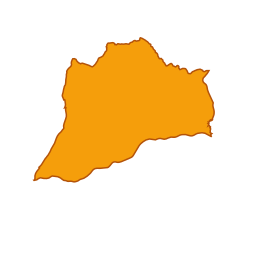 map outline of Lunda Sul (Equal Earth projection), rotated 205°
{"feature_id": "AGO-1875", "entity_name": "Lunda Sul", "entity_type": "Province", "adm_level": 1, "iso_a3": "AGO", "parent_name": "Angola", "parent_adm1": "", "projection": "equal_earth", "projection_center": [20.634, -9.903], "detail": "fine", "context": "isolated", "style": "filled", "palette": "amber", "viewbox_px": 256, "rotation_deg": 205, "n_neighbors": 0, "source": "natural_earth", "source_scale": "10m", "svg_char_len": 5833}
<svg xmlns="http://www.w3.org/2000/svg" viewBox="0 0 256 256"><g transform="rotate(205 128 128)"><path d="M191.2,40.9L190.9,41.1L190.7,41.7L191.1,43.2L192.1,45.3L192.5,47.7L192.3,50.1L191.3,54.4L191.5,54.5L191.8,54.7L192.1,54.8L191.4,56.5L190.9,58.2L190.0,65.8L189.7,66.2L189.4,68.1L189.0,69.4L188.6,73.8L188.7,76.7L188.1,83.1L188.6,88.7L188.6,90.9L188.2,93.3L186.9,96.7L186.6,98.7L186.2,99.8L186.1,100.5L186.3,101.1L187.0,102.2L187.3,102.8L187.8,105.1L188.3,109.9L188.7,112.3L189.7,114.4L192.3,118.1L192.9,120.2L193.1,120.1L193.8,119.7L194.0,119.5L194.1,121.3L194.6,122.9L197.0,126.6L197.4,126.9L197.7,126.7L198.0,126.3L198.4,126.6L199.1,127.4L200.7,128.8L201.3,129.7L201.6,130.9L201.9,132.9L202.7,135.9L203.1,138.2L203.3,138.9L203.0,140.7L203.8,143.2L204.8,145.7L205.5,148.3L206.5,150.6L206.8,152.3L207.4,153.3L207.5,153.9L207.5,154.5L207.3,155.6L207.2,156.2L207.0,157.0L206.1,159.0L205.8,160.2L205.9,161.4L206.3,162.1L206.8,162.8L207.2,164.0L207.4,166.4L207.3,167.4L205.8,168.2L204.5,168.2L204.1,168.2L203.9,168.0L203.7,167.9L203.0,167.3L202.5,167.0L200.3,166.2L199.9,166.2L199.1,166.3L198.7,166.2L198.4,166.1L198.2,166.1L197.7,166.6L197.4,167.0L196.6,167.5L189.8,168.3L187.3,168.2L186.6,168.3L186.2,168.4L185.9,168.8L185.6,169.2L184.9,171.0L184.4,172.6L184.3,174.3L184.0,175.2L184.0,175.5L184.0,176.2L184.1,178.3L184.1,178.6L184.0,179.0L183.7,179.4L182.5,180.7L182.0,181.3L181.2,182.7L181.1,182.9L181.0,183.2L181.1,183.9L181.0,184.3L180.8,185.5L180.8,187.3L180.7,187.6L180.6,187.8L180.4,188.2L180.2,188.7L180.2,188.9L180.2,189.2L180.4,190.0L180.6,190.5L180.9,190.9L181.0,191.1L181.1,191.4L181.1,191.7L181.2,191.9L181.3,192.1L181.5,192.2L182.0,192.3L182.1,192.5L182.0,193.1L182.0,193.4L182.0,193.7L182.1,194.2L182.3,194.4L182.1,196.2L181.6,196.7L181.4,196.8L180.3,197.3L179.8,197.7L177.9,198.9L177.5,199.0L176.4,199.0L175.8,198.8L175.6,198.7L175.3,198.2L175.1,198.1L174.8,198.5L174.5,198.5L173.9,198.4L173.7,198.5L173.3,199.2L173.0,199.8L172.8,200.1L170.1,200.8L169.5,201.4L169.2,201.5L167.5,202.1L165.4,203.5L164.4,203.8L163.1,204.1L162.7,204.3L162.4,204.5L162.4,204.8L162.5,204.9L162.5,205.0L161.9,206.3L161.5,206.8L161.3,207.0L160.9,207.3L160.6,207.5L160.4,207.8L160.3,208.0L160.0,208.7L159.8,209.2L159.6,209.4L159.4,209.7L159.1,210.0L158.9,210.1L158.7,210.2L158.4,210.3L157.5,210.2L157.2,210.2L156.7,210.7L156.0,211.1L154.8,212.1L154.7,212.4L154.6,212.8L154.7,213.1L155.0,214.0L155.0,214.4L155.0,214.7L155.0,214.9L154.9,215.0L153.0,215.2L149.6,214.9L148.8,214.8L148.4,214.6L148.0,214.5L147.4,214.5L146.9,214.4L146.2,214.2L144.5,213.4L144.0,213.3L143.3,213.4L143.0,213.5L142.5,213.1L142.3,212.5L141.8,211.7L141.6,211.6L141.3,211.6L140.3,211.8L139.9,211.6L139.7,211.5L138.5,210.4L138.2,210.2L136.2,209.5L135.9,209.3L135.7,209.1L135.5,208.9L135.4,208.4L135.2,208.2L134.7,208.0L134.2,208.1L133.9,208.1L132.9,207.7L132.7,207.6L132.4,207.3L132.1,207.0L131.9,206.8L131.6,206.2L131.4,205.9L131.2,205.8L130.5,205.3L130.0,204.9L129.6,204.6L129.0,204.2L128.8,204.2L128.5,204.2L128.0,204.5L127.5,205.0L127.3,205.0L127.1,205.0L126.3,204.6L126.1,204.5L125.4,204.4L125.2,204.3L125.0,204.1L124.7,203.4L124.5,203.2L124.2,203.0L123.1,202.5L122.3,202.3L122.0,202.1L121.4,201.5L121.2,201.4L120.6,201.1L120.4,201.0L120.2,200.8L120.1,200.6L119.9,200.5L119.6,200.5L118.9,200.8L118.7,201.1L118.5,201.4L118.3,201.6L118.1,202.0L117.7,202.7L117.3,203.3L116.8,204.1L116.2,204.7L115.1,204.5L114.8,204.4L114.5,204.1L114.0,203.8L113.6,203.4L113.4,203.3L113.0,203.3L112.2,203.5L111.0,203.4L110.7,203.5L110.3,204.0L110.2,204.3L110.1,204.8L109.9,205.1L109.7,205.4L109.4,205.6L109.2,205.6L108.8,205.6L108.2,205.4L107.9,205.1L107.7,204.9L107.5,204.1L107.3,203.8L106.9,203.5L106.4,203.4L105.9,203.1L105.8,202.9L105.5,203.0L105.2,203.2L103.9,204.8L103.7,205.0L103.4,205.2L101.9,205.8L101.2,206.0L100.9,206.0L100.5,205.9L98.5,204.7L96.8,203.1L96.2,203.0L94.5,203.5L94.0,204.3L93.8,204.8L93.8,205.2L93.7,205.3L93.6,205.5L93.3,206.3L92.0,207.7L91.6,208.3L90.7,209.2L90.2,209.8L89.9,210.1L87.6,211.7L87.3,211.8L86.9,211.8L85.0,211.8L84.8,211.8L84.2,211.3L83.8,211.2L83.2,211.2L82.7,211.3L82.3,211.6L81.7,212.3L81.5,212.8L80.9,213.3L78.9,214.2L79.0,212.8L79.3,210.6L79.7,209.3L80.0,207.9L80.9,205.2L80.8,203.9L80.3,202.6L79.4,201.6L78.1,201.0L75.8,200.4L74.9,199.8L73.9,198.8L72.0,196.1L70.0,194.1L61.4,186.8L61.0,185.3L60.5,184.1L59.8,183.1L57.6,180.4L56.9,179.3L56.3,178.0L55.8,176.5L55.6,175.0L55.4,172.0L55.3,171.6L55.1,171.5L54.9,171.3L55.0,170.8L55.3,170.4L55.5,170.6L55.7,170.8L56.0,170.8L56.7,170.3L56.8,170.0L56.3,169.3L56.5,169.2L56.8,169.0L57.1,168.9L56.9,168.4L57.0,168.0L57.3,167.6L57.7,167.4L57.4,167.2L56.8,166.6L57.0,166.5L57.2,166.1L57.4,165.9L56.8,165.7L56.4,165.3L56.2,164.7L56.2,164.0L55.7,164.8L54.8,164.2L54.3,163.8L54.0,163.2L53.7,163.6L53.4,162.9L52.7,162.0L52.4,160.4L51.9,159.5L51.7,158.7L51.2,158.7L50.4,158.2L49.7,158.3L50.1,157.4L50.3,157.1L49.2,155.8L48.5,155.4L55.9,155.8L58.9,155.0L62.5,152.7L63.6,151.6L65.4,149.1L66.7,147.9L67.8,147.4L68.9,147.1L73.0,146.4L75.9,145.0L77.0,144.3L78.0,143.4L80.0,140.9L81.3,139.7L82.3,139.1L85.2,137.9L87.3,136.0L88.9,134.2L90.5,133.1L94.4,132.2L95.7,131.4L96.7,130.5L98.1,128.9L103.9,127.1L106.6,124.8L108.4,122.1L109.7,119.4L110.2,117.9L110.5,116.5L111.6,105.5L111.9,104.1L112.3,103.3L112.7,102.7L113.6,101.6L120.0,94.5L121.7,93.1L123.1,92.4L125.3,91.9L126.6,91.1L127.4,90.1L127.8,88.9L128.4,86.4L128.8,85.2L129.3,84.1L129.8,83.5L136.2,79.7L139.1,78.4L140.9,77.1L141.8,75.7L142.3,74.2L142.9,71.4L143.4,70.1L144.7,67.1L146.8,63.8L149.8,61.0L151.0,58.9L152.7,57.3L153.9,56.5L154.7,56.2L156.5,55.9L157.6,55.5L159.8,54.3L160.9,54.1L161.8,54.1L164.1,53.4L166.0,53.7L168.2,54.2L171.0,54.2L176.3,52.5L177.1,51.6L177.7,50.7L178.0,50.2L178.2,49.7L179.1,48.8L180.5,47.8L183.0,46.7L186.3,45.9L187.2,45.0L188.1,43.8L188.7,42.6L191.0,40.8L191.2,40.9Z" fill="#f59e0b" stroke="#b45309" stroke-width="1.5"/></g></svg>